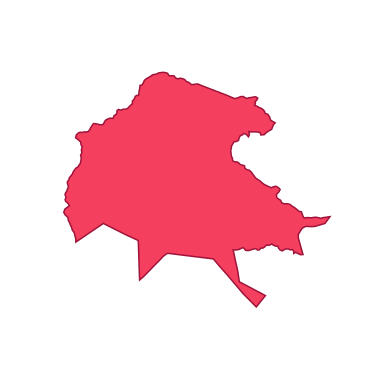 outline of Brejo de Areia, Maranhão, Brazil, rotated 41°
{"feature_id": "56859067B39393639744648", "entity_name": "Brejo de Areia", "entity_type": "district", "adm_level": 2, "iso_a3": "BRA", "parent_name": "Brazil", "parent_adm1": "Maranhão", "projection": "albers", "projection_center": [-45.637, -4.369], "detail": "fine", "context": "isolated", "style": "filled", "palette": "rose", "viewbox_px": 384, "rotation_deg": 41, "n_neighbors": 0, "source": "geoboundaries", "source_scale": "gbopen_adm2", "svg_char_len": 3608}
<svg xmlns="http://www.w3.org/2000/svg" viewBox="0 0 384 384"><g transform="rotate(41 192 192)"><path d="M209.4,85.2L206.8,85.8L203.9,86.1L201.3,84.4L198.1,83.6L195.7,84.7L194.1,83.7L192.2,83.2L189.7,83.3L187.3,84.2L185.2,84.5L182.4,85.5L181.8,83.6L180.4,82.6L180.6,80.5L180.1,78.0L177.7,78.3L176.4,79.6L174.9,81.6L173.2,83.4L172.4,85.0L170.1,86.2L168.3,86.1L166.1,88.1L164.4,91.6L162.7,93.6L154.7,96.2L130.5,105.0L125.6,106.6L124.0,108.2L122.8,109.6L121.2,111.3L118.0,111.3L115.0,112.3L112.8,111.9L110.6,112.6L108.2,114.0L107.2,116.0L104.6,116.6L102.2,116.1L100.2,117.7L98.3,119.3L95.7,118.4L93.3,119.5L91.4,120.9L88.8,123.8L87.6,126.7L86.2,128.2L85.3,129.7L84.8,131.8L84.1,134.2L83.3,136.1L82.8,139.0L83.7,141.8L84.0,144.1L82.8,145.7L84.5,147.9L85.5,150.0L87.2,152.4L88.3,154.1L87.0,155.2L86.4,157.0L87.4,159.8L87.4,162.5L89.1,164.6L88.8,166.7L88.6,168.8L88.6,170.7L87.9,172.7L85.8,174.5L84.8,176.8L82.4,177.9L81.9,179.7L83.3,181.3L83.8,183.3L83.1,185.6L84.1,188.2L81.6,190.2L80.6,192.1L79.7,194.1L79.8,196.2L80.7,199.2L78.9,201.3L74.6,203.6L72.7,205.0L73.1,208.5L73.5,210.6L74.0,212.6L73.9,214.7L72.7,216.2L71.3,217.2L70.1,219.1L68.4,220.2L67.5,222.0L67.2,224.8L68.7,227.5L70.6,227.2L75.2,227.3L77.3,229.2L79.2,229.8L80.2,231.3L81.1,233.1L83.1,234.4L83.8,237.4L85.8,238.7L87.3,240.7L88.9,243.6L89.1,245.9L89.5,248.1L88.7,250.1L88.9,252.7L89.2,255.1L89.9,256.8L90.0,259.6L90.2,262.0L91.1,263.7L91.3,266.3L93.1,267.8L95.3,269.0L96.1,271.7L96.9,273.4L97.2,275.9L98.1,277.5L100.4,278.6L101.1,280.8L102.5,281.9L105.3,281.9L108.5,282.7L107.8,285.7L107.3,288.5L108.6,291.5L111.2,292.5L113.1,292.5L115.3,292.7L117.3,294.6L119.3,295.3L121.3,296.4L123.9,297.5L126.9,299.4L128.9,299.7L130.9,300.7L132.9,302.2L135.0,303.6L137.2,306.0L145.7,273.9L164.6,269.1L170.0,267.7L183.1,263.9L185.0,265.7L208.2,290.7L210.2,292.8L210.9,287.9L212.4,263.1L212.4,260.2L213.0,257.2L213.4,254.9L214.6,253.7L227.4,245.1L252.0,228.5L259.2,229.6L261.8,230.0L272.0,231.3L284.4,233.2L297.2,235.2L302.8,235.6L315.9,236.6L315.4,222.0L286.6,228.7L278.8,222.0L273.9,218.3L271.5,216.6L261.0,208.6L263.2,206.9L265.2,204.5L266.2,202.0L267.2,200.4L270.9,200.8L273.3,198.9L275.1,195.9L277.1,193.0L279.7,192.7L280.9,191.3L280.6,189.4L282.4,187.7L282.9,185.8L282.9,183.4L285.2,181.5L286.5,178.8L288.2,178.8L290.6,178.0L292.2,176.6L293.8,177.4L296.1,178.0L298.7,177.3L299.8,174.0L301.8,171.9L303.9,171.3L305.8,169.5L307.8,170.1L309.1,171.6L309.8,169.5L312.4,168.9L314.8,168.3L316.8,166.4L302.5,157.0L300.1,154.3L299.2,149.1L299.0,147.2L299.8,144.4L301.0,142.8L305.1,139.6L307.5,137.1L309.2,134.4L313.0,128.5L312.3,120.1L310.9,121.7L309.7,123.2L308.1,124.9L306.5,127.3L304.4,128.4L302.7,129.3L300.7,131.0L299.3,132.9L295.6,135.8L293.8,138.0L292.1,137.6L289.6,136.4L287.5,135.1L285.7,136.3L283.4,136.4L281.4,136.4L279.4,136.5L277.0,137.0L274.0,137.1L271.9,138.1L270.5,139.2L269.1,140.6L266.3,141.2L264.4,140.1L260.4,140.7L258.6,139.9L257.3,138.0L257.5,134.7L256.8,132.2L254.0,132.0L251.4,132.7L249.9,134.9L248.8,136.9L245.4,137.9L241.7,138.9L239.0,139.1L236.2,139.0L233.5,139.4L230.8,139.7L223.5,138.0L220.9,138.0L218.9,139.1L216.4,139.4L214.6,137.8L212.9,138.3L210.8,139.6L208.4,139.4L206.3,139.7L204.8,141.0L202.4,141.8L200.3,140.0L198.3,139.1L196.9,138.0L195.4,136.5L194.1,135.4L192.8,132.9L191.7,131.5L191.3,129.3L190.8,126.4L192.5,124.6L193.2,122.4L192.2,120.5L191.5,118.2L192.4,116.1L193.0,113.7L194.9,112.9L198.4,113.3L197.7,111.0L195.2,109.2L197.3,107.9L198.6,106.5L201.0,104.6L202.9,103.2L204.6,102.5L206.5,103.8L208.9,101.4L209.1,98.5L209.9,95.4L211.0,92.6L209.3,87.6L209.4,85.2Z" fill="#f43f5e" stroke="#9f1239" stroke-width="1.5"/></g></svg>